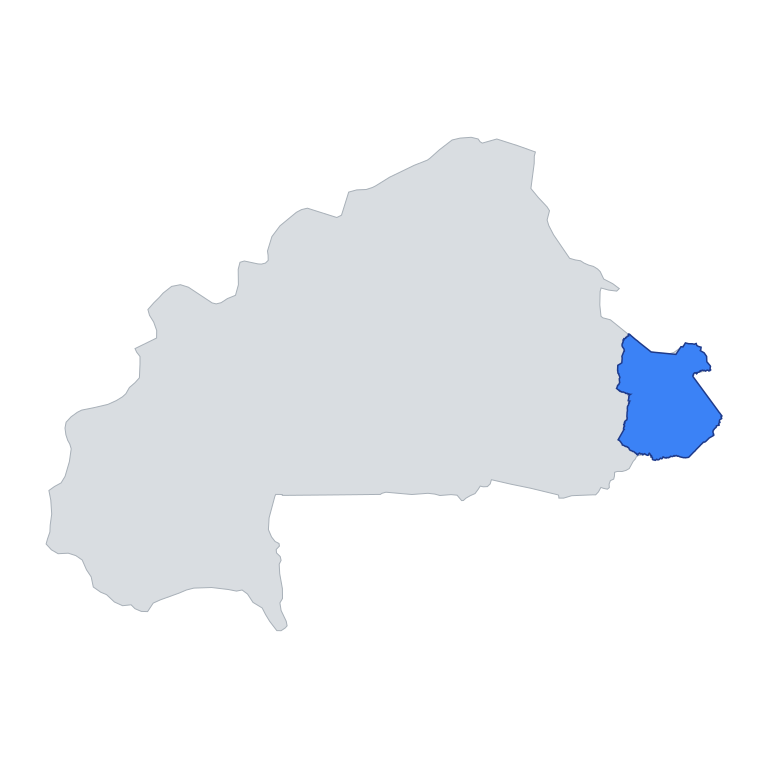 location of Tapoa, Tapoa, Burkina Faso
{"feature_id": "67063806B60723724569169", "entity_name": "Tapoa", "entity_type": "district", "adm_level": 2, "iso_a3": "BFA", "parent_name": "Burkina Faso", "parent_adm1": "Tapoa", "projection": "mercator", "projection_center": [1.463, 12.115], "detail": "fine", "context": "in_parent", "style": "filled", "palette": "blue", "viewbox_px": 768, "rotation_deg": 0, "n_neighbors": 0, "source": "geoboundaries", "source_scale": "gbopen_adm2", "svg_char_len": 8817}
<svg xmlns="http://www.w3.org/2000/svg" viewBox="0 0 768 768"><path d="M593.6,494.8L571.7,495.7L563.7,498.1L558.9,498.1L558.7,496.1L558.2,494.9L530.5,488.2L511.0,484.2L491.4,479.7L490.2,483.9L487.4,486.6L483.2,486.8L480.2,486.1L478.2,489.3L475.0,493.6L470.4,495.6L465.9,498.2L463.4,500.5L461.6,500.6L457.1,495.2L451.1,494.6L439.9,495.5L434.9,494.1L428.0,493.3L411.8,494.5L385.9,492.2L381.7,493.4L380.5,494.4L354.9,494.7L326.6,495.0L303.0,495.2L282.3,495.4L282.3,494.5L275.7,494.4L274.9,496.2L269.1,517.8L268.4,529.6L271.5,536.9L275.1,541.5L279.0,543.5L279.4,546.1L276.2,549.5L276.5,552.9L280.2,556.5L281.1,560.3L279.2,564.2L279.7,573.7L282.4,588.7L282.5,598.5L279.9,602.9L281.1,610.5L286.2,621.2L287.1,625.8L285.3,627.9L281.1,630.7L276.8,630.6L271.8,624.1L269.6,621.2L265.6,614.6L262.2,608.0L257.5,605.1L253.0,602.4L247.5,594.0L242.1,590.0L236.5,591.1L228.3,589.5L211.6,587.5L193.8,588.1L186.4,590.0L179.1,593.1L160.5,599.8L153.2,603.1L147.6,611.6L141.3,611.4L135.0,608.7L131.1,604.8L122.6,605.7L114.4,602.0L106.5,594.6L100.7,592.2L93.3,587.0L91.2,576.9L86.5,569.8L82.2,560.0L75.8,555.6L68.3,553.2L58.1,553.7L51.4,549.8L46.1,544.0L47.5,539.0L49.9,532.0L50.2,525.1L51.7,514.1L50.8,500.2L48.9,490.5L54.5,486.5L61.1,482.9L65.1,476.3L69.4,461.6L71.2,448.8L69.8,444.1L67.7,440.3L65.9,434.8L65.0,428.1L66.1,422.2L71.1,416.8L77.3,412.3L81.7,410.1L93.3,407.8L107.9,404.4L116.3,400.6L122.5,396.8L125.9,393.7L129.4,387.5L135.0,382.7L139.4,377.8L140.0,364.2L140.0,356.5L136.7,352.2L135.0,348.6L156.6,338.0L156.7,330.5L153.7,322.1L149.5,315.3L147.9,309.5L153.9,302.7L159.2,297.5L163.1,293.1L171.6,286.4L180.4,284.7L188.4,287.2L212.1,302.9L216.2,303.9L221.1,302.7L227.4,298.6L235.5,295.3L238.4,284.8L238.2,269.3L240.0,262.3L244.3,261.0L257.9,263.9L261.4,264.1L265.4,263.1L268.2,260.4L268.1,255.4L267.5,251.0L271.9,236.6L280.0,225.8L296.4,212.3L301.5,209.6L307.4,208.2L336.8,217.5L341.5,215.2L348.7,192.1L356.7,189.9L366.2,189.5L372.4,187.5L375.6,185.9L389.6,177.2L414.2,165.3L427.4,160.1L430.0,158.2L439.5,149.7L452.1,140.0L460.1,138.1L471.2,137.3L478.2,139.0L480.0,141.7L482.3,143.1L496.8,139.0L517.5,145.6L535.4,152.0L534.3,156.1L534.2,163.4L532.7,174.8L530.9,188.5L538.2,197.4L547.1,206.9L549.5,210.7L547.1,220.0L548.8,225.6L553.5,234.7L561.4,246.3L569.6,258.3L575.2,259.9L580.6,260.8L583.9,263.0L588.7,265.1L593.4,266.4L597.6,269.0L600.2,271.6L603.7,279.0L612.9,283.8L619.3,288.6L616.7,291.1L608.7,290.1L601.1,288.0L600.1,291.5L599.8,305.0L601.0,316.3L602.8,317.8L610.4,319.8L628.4,334.4L644.8,348.2L650.3,351.8L659.3,353.2L669.5,353.7L673.8,352.5L683.6,345.5L688.8,344.7L693.7,344.9L696.3,346.0L701.0,351.7L705.4,360.3L706.7,366.6L706.2,370.0L704.7,371.2L696.7,372.9L693.2,374.2L692.3,376.0L693.6,380.3L695.2,383.0L703.9,395.3L716.6,411.9L720.5,416.2L718.3,421.2L711.8,434.1L707.0,439.5L685.7,457.9L675.2,455.7L653.3,459.4L650.0,455.2L644.9,454.6L638.5,455.4L636.2,457.0L635.5,458.8L633.2,461.3L629.2,468.6L626.0,470.4L622.1,471.5L617.4,471.4L614.6,472.3L614.5,475.9L613.7,479.1L610.4,480.6L609.1,484.1L609.3,487.6L607.4,489.2L603.3,488.3L600.9,487.4L598.5,491.8L595.7,494.8L593.6,494.8Z" fill="#d9dde1" stroke="#a8b0b8" stroke-width="1"/><path d="M623.9,429.6L618.1,439.8L618.5,440.1L619.1,440.2L619.6,440.7L619.9,441.0L620.5,441.8L620.9,442.2L621.3,442.9L622.0,443.8L622.3,445.0L622.6,445.1L623.0,445.1L623.3,445.3L624.2,445.6L624.5,445.8L624.9,446.2L625.2,446.3L625.5,446.5L626.0,446.3L626.3,446.5L626.8,446.8L627.4,446.9L627.6,447.3L628.3,447.5L628.7,448.1L629.0,448.3L629.2,448.7L629.2,449.0L629.5,449.6L629.9,450.0L630.3,450.4L630.8,450.4L631.0,450.6L631.6,450.7L632.8,451.5L633.2,451.5L633.5,451.5L633.9,451.6L634.1,451.9L634.7,452.4L634.9,452.7L635.0,452.8L635.4,452.8L635.5,452.9L635.8,453.4L636.3,453.4L636.4,453.6L636.7,453.8L636.7,454.2L636.9,454.2L637.3,454.9L637.4,455.0L637.9,454.9L638.1,454.6L638.4,453.7L638.9,453.7L639.2,453.2L639.6,453.0L639.9,453.2L640.2,453.8L640.6,454.0L641.4,453.9L642.0,453.7L642.7,454.8L643.1,454.7L644.3,453.7L644.8,453.7L645.5,454.5L646.3,454.7L646.8,455.1L647.5,455.3L647.9,455.3L648.3,455.1L648.7,454.2L649.1,453.3L649.4,453.2L649.6,453.4L649.9,454.0L650.5,454.5L650.6,455.4L650.9,455.6L651.5,455.7L651.6,456.0L651.1,456.9L651.8,457.0L652.4,457.6L652.5,457.9L652.4,459.2L652.7,459.6L653.2,459.9L654.4,460.0L655.0,460.3L655.4,460.3L655.7,460.1L656.5,459.3L656.9,459.3L657.4,459.8L658.3,459.8L658.7,459.8L659.3,459.4L660.4,458.2L660.7,458.2L661.2,458.6L661.8,458.8L662.1,458.6L662.4,458.1L663.0,456.9L663.3,456.9L663.7,457.4L664.3,457.4L664.7,457.6L664.9,457.9L665.2,458.0L665.9,457.7L666.3,458.0L666.5,458.0L666.8,457.5L667.2,457.5L668.1,457.8L668.4,457.5L668.9,457.6L669.2,457.3L669.9,457.2L670.1,456.7L670.5,456.3L670.9,456.3L672.2,456.6L672.7,456.5L673.4,456.1L673.9,455.6L674.2,455.6L674.4,456.1L674.7,456.1L676.1,455.5L676.5,455.5L677.5,456.2L678.2,456.0L679.9,456.8L683.6,457.7L683.9,457.6L685.8,457.7L688.3,457.4L689.0,457.0L693.6,452.2L695.1,450.9L696.1,449.6L699.7,446.0L700.8,444.7L701.5,444.1L703.2,442.3L703.8,442.0L704.6,442.1L704.9,442.0L706.0,441.2L709.3,437.9L713.4,435.6L713.8,435.1L713.3,434.9L713.3,434.6L713.5,433.6L713.0,432.6L712.9,431.5L713.1,431.1L713.2,430.3L714.1,429.3L714.6,428.5L715.4,428.0L716.2,427.2L716.3,427.0L716.4,425.9L717.2,425.6L719.1,425.2L719.1,424.8L718.7,424.5L718.9,424.0L718.7,423.5L718.9,423.1L719.8,422.6L720.0,422.2L719.6,422.0L719.4,421.7L719.3,421.4L719.4,420.8L719.7,419.9L720.5,419.2L721.5,418.8L721.7,418.5L721.7,418.2L721.0,416.9L721.2,416.3L721.7,416.3L721.9,416.1L721.9,415.8L721.1,414.9L719.9,413.2L719.1,412.3L716.9,409.2L693.0,376.6L692.9,376.2L692.9,375.7L693.5,375.0L693.5,374.7L693.3,374.5L693.5,373.9L694.4,372.9L694.9,372.7L695.2,372.9L695.6,372.8L696.2,372.7L696.2,373.1L696.2,373.3L696.5,373.8L697.0,373.5L697.5,372.5L697.8,372.4L699.0,372.1L699.6,371.6L700.5,371.3L700.3,370.7L700.6,370.6L701.4,370.7L702.2,370.2L702.8,370.2L703.3,370.5L704.6,370.4L705.7,371.1L706.5,370.4L707.5,370.1L708.5,370.6L708.9,371.0L709.7,370.7L709.6,370.2L710.6,370.1L710.7,369.9L710.1,369.2L710.2,367.6L710.5,366.4L710.2,365.8L706.8,361.7L706.6,356.4L704.1,352.8L700.3,350.6L700.8,349.5L701.1,347.2L698.3,346.4L697.2,345.7L696.8,345.5L696.2,343.5L695.2,343.8L694.4,344.3L692.6,343.8L688.5,343.7L685.4,342.9L683.0,346.9L681.0,346.7L675.9,354.4L651.2,352.0L639.1,342.4L637.1,340.6L636.7,340.4L635.2,339.2L633.8,338.0L631.1,335.7L630.0,334.6L629.2,334.1L628.6,334.0L628.3,334.3L628.3,334.7L628.5,334.8L628.7,335.4L628.7,335.9L628.6,336.0L628.0,336.0L627.6,336.2L627.4,336.4L627.1,336.4L626.8,336.9L626.3,337.2L626.4,337.5L626.2,337.6L625.7,337.6L625.7,338.1L625.1,338.5L624.5,338.7L624.3,338.6L623.9,338.6L623.8,338.9L624.0,339.8L623.9,340.0L623.7,340.2L623.4,340.0L623.0,340.1L623.2,340.8L623.2,341.4L623.1,341.6L622.9,342.0L622.8,342.3L622.9,342.8L622.5,343.2L622.2,343.8L622.0,345.1L622.3,346.6L622.6,346.9L622.7,347.2L623.3,348.0L624.1,349.2L624.1,349.5L624.1,350.5L624.4,350.8L624.4,351.1L624.0,351.4L623.7,351.8L623.5,352.4L622.0,356.1L621.9,356.8L622.2,357.8L621.8,362.8L620.2,363.9L617.8,365.3L617.6,370.0L617.6,370.4L617.8,370.5L617.7,371.1L617.9,372.0L617.9,372.6L617.9,373.0L618.1,373.3L618.5,373.5L618.4,373.6L619.2,375.5L619.7,376.8L619.9,377.4L619.8,377.9L619.3,378.6L619.4,380.4L619.7,382.7L619.6,382.8L619.2,383.3L619.1,383.7L619.0,383.9L618.8,384.6L618.4,384.8L617.9,385.1L617.5,385.7L617.5,386.3L617.1,387.0L617.0,387.3L617.0,387.6L616.6,388.4L616.9,388.5L617.0,388.8L617.3,389.1L618.1,389.7L618.7,390.0L618.8,390.3L619.5,390.5L619.8,390.9L619.7,391.1L619.9,391.2L620.0,390.9L620.1,391.0L620.1,391.3L620.3,391.5L620.9,391.6L621.4,391.6L622.0,392.2L622.9,392.0L623.5,392.0L623.8,392.2L624.1,392.5L625.2,392.7L625.4,393.0L625.7,393.1L625.8,393.2L625.8,393.4L626.0,393.4L626.6,393.5L627.0,393.3L627.5,393.4L627.8,393.9L628.8,393.8L628.9,394.0L628.5,394.2L628.3,394.3L628.3,394.6L629.3,394.4L629.5,394.4L629.5,394.5L629.9,394.3L630.0,394.4L630.4,394.4L630.1,394.6L629.8,394.7L629.3,395.5L628.9,396.4L628.7,397.1L628.9,397.5L628.5,399.3L628.2,400.6L628.7,400.6L629.2,401.3L629.5,401.3L629.4,401.4L629.5,401.8L629.3,401.9L629.1,401.9L628.9,402.2L628.9,402.5L629.0,402.6L629.2,403.1L628.6,403.7L628.5,404.9L627.5,406.3L627.3,408.6L627.4,409.3L627.4,411.2L627.1,412.1L627.1,412.9L626.9,416.4L627.0,416.6L626.9,417.1L627.1,417.3L627.3,417.9L627.0,418.7L627.1,418.9L627.1,419.2L626.9,419.6L626.6,419.8L626.6,420.1L625.9,420.4L625.6,420.8L625.3,420.9L625.3,421.0L624.6,421.9L624.5,422.1L624.4,422.6L624.9,422.8L624.8,423.1L624.8,423.3L624.7,423.5L624.6,423.9L624.4,424.1L624.2,424.0L623.8,424.2L623.7,424.3L623.8,424.8L624.0,425.0L624.2,425.4L624.2,425.6L624.2,425.8L624.5,425.8L624.6,426.0L624.3,426.3L624.3,426.5L624.1,426.7L624.2,426.8L624.0,427.1L623.8,427.3L623.8,427.7L623.6,428.0L623.7,428.3L623.6,428.7L623.9,429.1L623.5,429.1L623.5,429.3L623.8,429.5L623.9,429.6Z" fill="#3b82f6" stroke="#1e3a8a" stroke-width="1.5"/></svg>